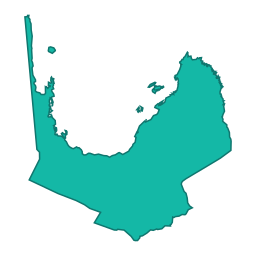 outline of Nabire, Papua, Indonesia
{"feature_id": "22746128B29146649309875", "entity_name": "Nabire", "entity_type": "district", "adm_level": 2, "iso_a3": "IDN", "parent_name": "Indonesia", "parent_adm1": "Papua", "projection": "equal_earth", "projection_center": [135.366, -3.206], "detail": "fine", "context": "isolated", "style": "filled", "palette": "teal", "viewbox_px": 256, "rotation_deg": 0, "n_neighbors": 0, "source": "geoboundaries", "source_scale": "gbopen_adm2", "svg_char_len": 5696}
<svg xmlns="http://www.w3.org/2000/svg" viewBox="0 0 256 256"><path d="M192.3,207.8L189.6,205.9L187.7,202.9L187.2,198.0L186.0,193.3L184.1,191.5L183.0,188.7L181.3,184.3L181.6,182.6L182.7,181.1L186.0,178.7L220.3,158.2L230.9,150.4L231.1,141.2L230.8,139.1L229.6,137.0L229.4,132.4L227.7,128.0L226.8,127.0L226.8,124.8L222.7,121.3L223.0,119.3L222.0,116.8L222.7,116.0L222.7,115.1L224.5,111.2L223.7,106.3L224.4,104.1L223.3,104.4L223.9,103.4L223.3,101.4L223.8,100.9L223.1,100.9L223.0,98.9L221.1,96.5L221.6,96.1L221.2,95.8L221.1,94.1L220.1,93.9L220.0,91.9L221.0,88.6L222.0,87.7L221.8,87.1L222.9,86.7L222.0,85.7L221.4,86.1L221.7,85.2L220.9,85.1L220.8,85.9L220.5,85.0L221.5,83.6L220.8,83.3L220.5,84.0L219.9,83.5L220.4,82.2L219.8,82.0L219.6,82.9L219.1,82.1L220.0,81.0L218.9,80.3L219.6,79.4L219.2,78.6L219.7,77.3L218.9,77.2L218.2,78.2L217.9,77.5L218.6,76.6L218.2,75.8L217.2,78.3L216.5,78.3L216.3,77.5L217.3,76.7L215.8,75.2L215.9,73.4L216.5,72.7L215.9,72.5L215.0,73.5L213.9,72.7L213.8,73.4L214.8,74.7L213.5,74.1L214.0,71.9L215.0,71.4L213.9,71.3L213.4,70.4L212.3,71.4L212.1,70.7L212.9,69.9L212.2,69.4L211.4,70.1L212.2,68.4L211.0,67.5L210.9,65.9L209.6,65.8L209.2,66.4L209.4,65.0L207.7,64.6L207.5,66.5L206.9,66.5L206.4,65.2L207.1,64.6L206.9,64.0L206.3,63.7L204.6,64.9L204.7,63.4L204.3,63.1L203.6,64.0L202.7,62.4L202.2,62.8L202.5,64.6L201.7,62.9L202.7,61.7L202.7,61.1L200.8,60.7L201.5,57.6L199.6,57.8L199.0,58.7L197.5,57.8L196.3,59.4L192.4,59.8L191.4,58.4L190.9,56.1L188.0,56.7L188.3,55.8L187.6,53.8L188.0,52.9L187.4,52.2L184.9,56.7L183.8,57.5L183.0,59.5L182.1,59.4L180.7,61.6L179.9,61.8L179.7,62.8L181.5,64.5L180.8,64.8L180.8,66.3L179.6,69.8L177.1,74.7L175.1,75.5L175.6,77.1L175.6,79.6L176.3,79.9L177.3,78.0L178.0,78.8L178.4,81.2L178.0,82.6L178.5,83.8L178.0,84.2L178.0,86.3L176.9,90.4L176.1,91.2L175.9,90.4L175.7,92.1L175.0,92.5L173.6,92.0L173.7,94.3L172.2,93.6L172.0,94.6L170.2,94.8L170.5,95.6L170.1,96.1L166.0,98.0L164.9,102.0L162.4,104.0L159.9,105.4L159.4,104.7L158.9,105.1L159.1,104.0L158.0,103.7L155.3,106.0L154.8,107.5L159.2,109.5L157.9,113.0L156.7,114.5L153.5,115.6L150.9,119.6L145.5,122.0L144.6,121.1L139.5,126.0L137.7,130.6L138.0,132.4L137.2,132.9L136.8,132.2L134.7,136.6L136.0,137.3L135.1,142.4L133.0,144.3L132.5,146.1L129.6,149.4L128.9,151.0L127.3,152.1L127.3,152.6L127.1,152.1L122.8,154.5L119.4,152.6L118.5,152.8L115.4,154.8L112.3,155.6L109.6,157.2L106.8,155.8L103.8,155.6L98.5,154.1L94.5,154.9L90.1,153.3L88.4,153.3L86.1,154.8L84.0,155.0L82.3,153.7L82.2,151.6L81.3,149.8L79.0,147.7L77.8,147.8L76.6,146.9L73.6,148.6L72.2,148.4L69.3,146.7L67.8,144.8L66.4,141.8L64.7,139.9L64.7,138.8L65.6,137.9L65.2,136.8L65.8,135.2L65.5,134.3L66.8,134.3L67.0,131.9L66.4,130.8L65.2,130.5L66.0,132.3L65.9,133.8L64.1,134.0L62.5,132.7L61.4,133.7L63.9,137.7L63.5,138.0L62.4,136.7L60.4,136.0L58.1,136.0L56.9,134.1L56.2,134.9L55.0,134.5L55.3,131.7L55.9,131.8L56.6,130.8L56.0,130.5L56.1,129.4L56.6,129.3L56.4,127.8L55.7,127.5L55.1,131.1L54.4,129.7L54.4,128.1L53.9,127.9L54.3,126.1L53.6,125.7L55.5,124.2L55.2,120.5L52.3,117.5L51.6,115.3L51.3,115.2L50.8,116.8L48.4,117.0L48.0,116.3L48.4,115.1L49.8,114.4L48.9,114.3L49.1,112.0L50.1,112.2L49.4,111.1L49.5,108.6L50.3,108.5L51.3,110.4L50.2,106.3L49.7,106.6L49.2,105.7L49.6,105.3L49.3,104.5L50.0,103.8L49.3,101.9L49.5,99.4L50.3,98.7L50.2,97.8L51.1,98.1L51.9,96.9L54.1,96.2L53.7,94.1L51.6,91.0L51.8,89.7L53.7,88.8L52.8,86.7L53.5,85.1L53.2,83.8L53.6,82.8L54.0,83.0L53.3,80.3L54.0,78.2L52.7,79.5L51.5,77.0L51.0,77.7L50.8,80.5L51.0,81.3L51.7,81.5L51.7,82.5L50.8,83.2L48.5,82.2L48.4,85.4L50.3,85.9L50.1,86.6L48.8,86.9L47.8,88.3L46.5,86.8L46.0,87.3L45.4,86.8L45.5,93.2L44.5,94.5L41.1,94.5L39.9,92.9L36.6,92.0L35.3,90.8L35.9,87.4L35.5,85.7L33.9,83.6L34.2,82.1L35.5,81.6L35.5,79.9L32.9,75.2L32.1,68.8L32.2,67.4L33.1,66.0L32.5,62.5L31.6,60.5L32.1,58.3L31.6,49.6L31.9,48.7L31.4,45.9L32.2,36.1L31.2,30.0L31.0,23.8L29.9,21.1L29.9,19.3L28.5,17.6L28.9,15.4L27.6,15.4L27.4,16.6L24.9,16.9L36.9,149.4L39.5,152.2L39.6,159.2L29.2,179.9L58.2,193.6L76.1,200.5L84.5,204.7L89.8,208.4L100.6,212.3L94.3,222.8L114.3,230.0L116.8,230.1L117.7,229.3L124.1,230.1L131.2,236.4L133.9,240.2L135.3,240.6L137.6,240.5L139.8,237.8L139.9,236.3L142.5,235.8L147.1,232.9L150.5,229.9L153.3,230.3L156.8,229.0L157.6,229.5L161.8,228.8L165.0,225.8L170.5,226.0L170.3,224.7L171.1,224.4L172.3,222.3L172.7,217.1L173.8,217.5L175.4,216.6L179.1,216.1L182.0,214.5L185.0,214.7L186.0,213.9L188.3,209.7L192.3,207.8ZM159.7,86.0L154.9,86.8L154.2,88.1L154.4,89.6L153.3,88.9L152.3,90.1L152.6,91.7L155.0,93.3L156.1,91.1L157.9,90.6L156.6,89.8L159.0,89.1L159.6,89.7L160.6,88.8L160.9,87.5L162.1,87.2L162.4,87.6L161.8,88.2L162.3,88.2L163.7,87.0L163.2,86.2L162.1,86.9L159.7,86.0ZM50.6,46.9L48.9,47.4L48.3,50.7L48.6,51.5L52.3,53.3L55.2,50.8L55.3,50.2L53.8,47.9L50.6,46.9ZM154.9,82.3L150.2,84.5L148.3,87.1L149.4,87.3L153.4,85.0L155.2,83.7L155.7,82.6L154.9,82.3ZM162.8,101.0L159.5,103.0L159.8,104.9L160.5,104.9L162.6,102.9L161.6,103.2L162.8,101.0ZM142.9,108.0L141.0,106.8L141.9,108.6L141.4,110.8L142.2,111.0L142.9,108.0ZM138.1,110.0L138.0,109.3L139.2,108.1L138.9,107.1L136.7,109.8L138.1,110.0ZM52.0,99.2L51.3,99.9L52.3,100.8L51.6,102.4L52.6,102.4L52.0,103.5L52.7,103.5L53.1,102.2L52.0,99.2ZM175.4,77.5L175.1,76.8L174.5,77.1L175.1,78.8L175.4,77.5ZM138.7,111.6L138.5,110.5L137.7,111.6L138.2,112.2L138.7,111.6ZM139.8,111.5L139.8,110.5L139.4,111.2L139.8,111.5ZM175.4,91.8L175.1,91.4L174.5,92.0L175.0,92.4L175.4,91.8ZM155.3,85.9L154.5,85.9L154.6,86.7L155.3,85.9ZM173.4,93.5L172.5,93.4L173.5,94.2L173.4,93.5ZM52.4,105.7L52.9,104.3L52.1,105.7L52.4,105.7ZM173.6,93.3L173.0,92.6L173.5,93.5L173.6,93.3ZM51.6,110.6L51.4,111.4L52.4,110.7L52.2,110.5L51.6,110.6ZM146.7,119.8L146.2,119.7L146.1,119.9L146.7,119.8Z" fill="#14b8a6" stroke="#0f766e" stroke-width="1.5"/></svg>